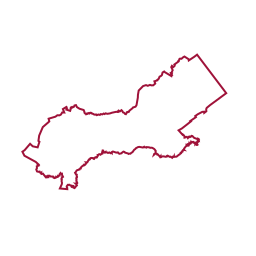 Davao del Sur, Davao del Sur, Philippines, rotated 53°
{"feature_id": "2640588B9806973652018", "entity_name": "Davao del Sur", "entity_type": "district", "adm_level": 2, "iso_a3": "PHL", "parent_name": "Philippines", "parent_adm1": "Davao del Sur", "projection": "albers", "projection_center": [125.526, 6.998], "detail": "fine", "context": "isolated", "style": "outline", "palette": "rose", "viewbox_px": 256, "rotation_deg": 53, "n_neighbors": 0, "source": "geoboundaries", "source_scale": "gbopen_adm2", "svg_char_len": 5919}
<svg xmlns="http://www.w3.org/2000/svg" viewBox="0 0 256 256"><g transform="rotate(53 128 128)"><path d="M104.7,41.4L104.9,43.6L103.9,44.7L103.8,45.3L104.4,46.1L104.8,47.6L105.3,47.6L105.2,52.6L105.7,52.5L106.5,53.6L106.6,55.1L104.8,55.5L105.4,56.8L108.7,57.5L110.0,60.0L109.8,60.7L110.5,60.8L110.9,60.3L111.2,60.9L112.3,61.0L112.3,61.6L112.7,62.1L105.0,65.2L104.7,65.1L104.6,65.3L104.5,67.0L106.1,69.0L106.3,70.2L106.0,71.9L107.2,73.9L107.2,75.7L107.6,75.9L106.6,78.8L108.9,79.5L109.1,82.2L108.0,83.7L106.8,84.5L106.2,86.8L104.6,87.8L103.6,90.7L104.5,96.9L107.5,100.1L109.7,101.9L114.9,107.5L115.5,109.2L114.6,111.7L114.9,112.4L115.0,116.6L115.6,117.3L115.4,118.3L115.0,118.5L114.7,119.4L115.1,119.8L115.7,121.4L115.0,121.9L114.4,121.8L113.5,122.0L112.5,122.6L110.9,122.3L109.8,122.5L109.9,124.4L109.7,124.7L108.4,125.0L108.4,125.3L108.5,125.6L109.3,126.1L109.2,126.4L108.0,127.6L106.1,131.7L105.5,133.6L104.2,136.0L102.8,137.1L102.8,138.3L101.8,138.8L101.7,140.3L100.5,141.4L100.6,142.6L99.5,143.4L99.0,145.1L98.5,145.1L98.4,145.4L98.0,145.4L97.0,146.9L95.8,147.3L94.9,148.1L94.3,148.0L93.4,148.5L93.4,149.2L93.0,149.5L93.2,150.1L92.2,150.7L92.4,151.6L92.0,152.7L91.6,152.3L91.0,153.4L89.7,153.6L88.6,153.0L86.9,152.6L83.5,155.1L81.7,155.8L80.5,156.2L78.4,155.8L77.8,157.2L78.5,158.4L78.2,159.9L77.5,160.0L77.4,160.8L77.6,161.0L77.3,161.2L77.5,161.8L78.6,162.6L79.5,163.9L76.3,166.1L76.0,165.2L74.7,165.4L74.5,164.5L74.1,164.5L73.7,168.6L77.3,169.6L76.0,171.2L76.9,173.5L76.7,175.0L75.3,176.8L75.3,179.1L72.8,185.8L75.4,186.9L76.0,195.5L80.6,203.5L84.4,207.3L85.7,207.0L89.1,211.8L85.3,215.1L81.7,215.7L83.5,223.9L83.4,226.6L87.8,227.4L99.5,222.1L103.2,221.4L103.1,222.1L104.2,222.0L103.7,223.9L105.3,224.9L105.9,226.2L107.9,226.8L109.1,225.9L109.6,224.8L111.0,225.0L111.5,224.7L111.5,224.4L111.8,224.7L112.6,224.8L113.2,223.4L118.1,223.3L119.0,221.8L117.7,221.9L118.5,220.8L118.1,220.5L119.0,219.3L120.0,219.2L121.6,217.1L122.7,217.4L123.5,217.0L123.5,216.5L123.9,216.5L124.2,215.6L123.7,214.8L124.3,214.6L124.8,213.4L124.7,213.0L124.4,213.2L124.0,212.6L124.5,212.2L124.4,211.8L124.8,211.2L123.7,210.2L123.8,209.7L123.4,209.0L124.6,208.8L124.8,208.3L125.7,208.9L127.9,209.3L127.9,210.2L127.6,210.2L128.1,210.8L128.2,211.4L129.1,212.1L129.5,212.0L130.4,213.0L132.2,213.8L133.1,214.8L135.3,218.8L140.3,213.3L139.1,212.5L138.4,212.5L137.7,212.1L137.2,210.4L137.6,210.2L137.6,209.6L138.1,208.9L139.3,208.6L139.9,208.0L140.5,208.2L140.4,207.5L141.1,207.3L141.3,206.9L141.6,207.4L141.7,207.2L142.3,207.6L142.8,207.5L143.0,206.8L143.7,206.8L143.7,206.2L143.3,206.1L143.6,205.7L143.2,205.0L143.1,203.4L141.9,203.2L142.0,202.6L141.7,203.1L141.2,203.2L141.4,203.0L141.2,202.8L141.7,202.4L141.4,201.6L139.7,201.3L139.6,201.0L138.5,200.7L138.1,200.0L137.0,199.6L136.5,198.9L136.7,198.5L136.4,198.1L135.1,197.7L134.4,197.0L133.7,197.4L133.3,197.3L133.0,197.4L133.2,197.5L132.0,197.2L132.1,196.9L131.1,194.8L131.1,193.8L131.5,193.1L131.5,192.2L132.0,191.7L131.5,190.7L131.8,190.1L131.5,190.0L131.1,188.9L130.9,187.0L131.1,186.7L130.9,185.6L131.2,185.7L131.5,185.4L131.5,184.1L130.8,182.0L130.2,182.1L130.9,181.1L129.9,179.0L130.0,178.1L129.8,178.2L129.7,178.1L129.9,177.8L129.5,176.1L130.0,175.1L131.3,173.7L132.0,173.5L131.8,173.2L132.1,173.6L132.2,173.4L131.7,172.0L132.0,171.1L132.6,171.0L132.8,170.5L132.2,169.5L132.1,168.9L131.4,168.5L131.7,168.2L131.5,167.0L131.7,166.6L132.8,166.0L132.6,165.2L133.0,164.0L132.3,163.6L132.6,163.2L132.4,163.4L132.2,163.2L132.0,163.3L131.5,162.8L131.5,162.5L131.3,162.5L130.7,161.8L131.1,161.4L132.9,162.3L133.4,161.7L132.9,161.5L133.5,161.2L133.6,160.3L133.9,160.5L135.2,159.2L135.9,159.0L136.3,157.6L137.6,157.1L137.6,156.1L138.3,156.0L137.5,155.3L137.7,154.2L140.6,152.2L141.2,151.0L141.7,150.6L142.4,150.8L143.4,150.4L144.3,148.4L144.1,147.8L144.1,145.9L145.0,145.2L145.9,145.2L148.2,143.4L149.0,143.2L149.1,142.6L150.0,141.5L149.8,140.3L150.0,139.0L149.1,136.1L149.2,134.8L148.9,133.9L149.3,131.4L149.9,130.3L152.5,127.9L152.6,127.2L152.7,127.3L153.1,127.0L152.7,127.1L153.1,126.8L153.1,126.3L154.7,125.1L154.5,124.6L156.1,122.8L157.2,122.2L157.5,121.5L158.5,120.5L160.5,119.7L161.9,119.6L163.1,119.7L163.4,120.2L164.8,121.0L164.5,122.7L165.0,123.4L164.9,121.5L165.4,120.8L165.8,120.5L166.4,120.6L166.4,120.3L167.0,120.1L167.1,120.3L169.1,119.8L170.4,119.8L170.2,119.1L170.9,119.6L171.2,119.1L171.2,117.9L172.1,116.6L173.7,115.2L173.9,114.7L173.6,114.8L174.0,114.4L173.7,113.6L173.9,113.0L176.2,112.0L176.5,111.2L177.6,111.0L177.8,110.9L177.6,110.8L178.0,110.1L177.9,109.6L178.2,109.5L178.1,109.1L178.4,108.7L178.6,108.9L178.4,108.5L178.7,108.7L180.1,106.4L180.0,103.3L180.2,102.8L179.9,101.4L180.1,100.8L179.8,100.1L179.5,100.2L179.6,99.2L179.4,99.3L178.9,98.1L178.8,96.9L179.3,96.4L178.7,96.5L178.7,96.1L179.2,95.9L178.5,95.9L178.2,95.6L177.5,92.9L177.5,91.6L178.2,91.3L178.3,91.5L178.3,91.1L177.5,91.2L177.7,90.8L177.2,90.8L177.4,90.6L177.2,90.4L177.6,90.2L177.3,90.2L177.0,89.8L177.3,89.5L177.2,89.0L177.5,89.0L177.2,88.6L177.6,88.7L177.2,88.1L178.1,87.6L178.1,87.2L177.6,86.8L177.7,86.4L177.4,86.2L177.7,85.9L177.4,85.7L177.8,85.6L177.9,85.0L178.4,84.2L178.9,84.3L179.5,83.7L180.2,83.5L180.3,83.8L180.7,83.5L181.1,83.8L181.0,83.4L181.3,83.4L181.4,83.8L181.4,83.4L182.7,83.5L183.2,82.9L183.2,81.7L182.7,82.9L182.0,82.3L181.5,82.4L181.4,81.6L181.0,82.3L180.6,82.3L180.9,81.7L180.3,80.4L180.6,80.0L180.2,79.6L180.8,79.2L180.1,78.9L180.1,78.4L179.2,78.2L178.4,78.7L178.7,79.2L175.7,81.1L173.2,81.4L172.5,82.0L172.8,83.3L172.4,83.5L172.3,84.0L171.9,84.1L172.0,84.8L171.7,84.9L172.0,85.6L171.7,85.9L171.9,86.3L170.5,86.3L169.8,87.4L170.0,88.1L169.7,88.7L168.5,87.9L167.5,87.8L166.1,88.1L166.2,88.5L160.3,89.0L160.8,85.2L160.6,73.8L159.9,74.0L160.2,67.2L158.9,67.1L159.0,64.1L159.8,59.0L160.8,57.4L161.8,58.0L161.8,55.4L160.0,54.2L159.3,53.0L159.1,48.6L159.3,28.6L111.0,28.7L111.0,32.3L110.6,38.8L109.5,38.2L104.9,39.9L104.7,41.4Z" fill="none" stroke="#9f1239" stroke-width="2"/></g></svg>